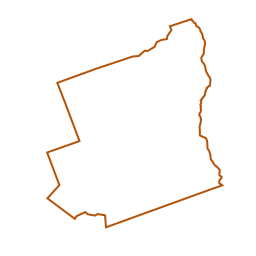 the district of Essex, New York, United States of America, rotated 347°
{"feature_id": "52423323B12520146334260", "entity_name": "Essex", "entity_type": "district", "adm_level": 2, "iso_a3": "USA", "parent_name": "United States of America", "parent_adm1": "New York", "projection": "natural_earth1", "projection_center": [-73.449, 44.146], "detail": "fine", "context": "isolated", "style": "outline", "palette": "amber", "viewbox_px": 256, "rotation_deg": 347, "n_neighbors": 0, "source": "geoboundaries", "source_scale": "gbopen_adm2", "svg_char_len": 2144}
<svg xmlns="http://www.w3.org/2000/svg" viewBox="0 0 256 256"><g transform="rotate(347 128 128)"><path d="M43.7,133.7L48.3,168.2L33.6,178.4L55.8,204.6L57.8,202.4L67.5,200.3L69.4,203.0L76.1,205.9L79.0,205.0L86.0,207.9L84.2,219.8L196.3,206.2L207.0,205.1L206.7,204.6L206.3,204.0L205.0,203.1L204.6,202.3L204.5,202.0L205.0,200.4L205.3,199.7L206.5,198.5L207.5,198.1L208.0,197.3L208.3,196.7L208.2,196.5L208.0,196.2L206.7,195.0L206.5,194.5L206.6,193.5L207.0,192.3L207.9,190.1L207.9,189.8L207.5,188.7L206.2,186.2L204.0,183.5L203.7,182.9L203.1,180.3L201.8,177.3L201.7,176.6L202.2,173.0L202.0,168.8L201.2,166.9L200.9,165.9L200.9,165.2L201.2,164.4L202.1,158.7L202.1,157.6L201.9,156.6L201.8,156.4L201.3,155.1L200.6,154.5L199.6,154.0L199.0,153.8L198.2,152.7L197.6,152.4L196.5,151.5L196.4,151.0L197.4,146.8L197.7,144.9L197.9,143.1L200.3,138.5L201.2,135.5L201.1,134.4L200.7,132.4L200.4,131.2L200.4,130.9L201.1,129.7L201.7,129.4L202.6,128.3L202.8,127.9L203.3,125.7L203.4,124.2L204.0,123.3L204.0,123.1L203.8,122.6L203.7,122.0L203.8,121.5L204.0,121.1L204.9,120.2L205.1,119.8L204.9,118.0L204.9,117.6L205.3,117.3L205.9,117.2L206.1,117.1L206.4,116.2L207.2,115.6L207.7,115.5L208.2,115.0L208.5,114.5L210.1,113.6L210.2,113.1L210.8,111.8L211.3,111.0L211.3,110.3L211.4,110.1L212.1,109.6L212.3,108.6L213.6,107.6L213.5,106.8L214.6,106.5L215.1,106.1L215.8,105.4L216.0,105.3L216.8,105.5L217.0,105.5L217.7,104.2L218.3,102.3L218.9,100.8L219.0,100.6L219.3,98.5L219.1,97.2L218.2,95.5L217.3,92.3L216.9,90.4L216.8,88.2L217.0,86.8L216.9,84.9L216.7,83.8L216.4,82.7L215.0,79.6L215.0,77.9L215.2,76.1L215.8,75.3L217.5,73.7L218.2,73.0L218.6,72.4L219.0,71.0L219.4,69.2L222.0,63.3L222.4,61.2L222.4,60.5L222.1,59.3L221.2,57.3L221.5,55.2L221.4,53.5L221.3,52.3L220.5,50.2L220.4,48.7L220.0,46.8L218.9,45.3L217.8,44.2L217.5,43.8L217.4,43.2L217.4,42.4L217.3,41.1L216.9,40.7L216.1,40.4L215.9,40.2L215.7,39.8L215.7,39.1L215.5,38.7L214.2,37.0L214.2,36.8L214.3,36.2L191.7,38.3L192.3,42.4L187.2,47.0L185.8,50.1L180.3,49.7L175.2,50.9L172.3,54.8L164.3,57.4L161.8,56.4L154.6,60.3L148.9,59.4L111.1,63.0L69.3,68.1L72.6,90.8L77.8,129.8L43.7,133.7Z" fill="none" stroke="#b45309" stroke-width="2"/></g></svg>